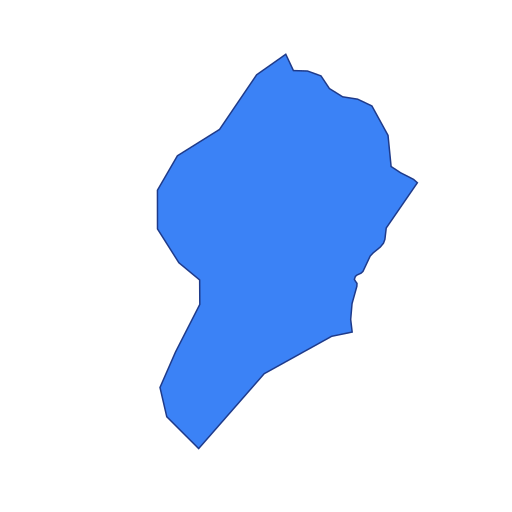 the Province of Düzce, rotated 126°
{"feature_id": "TUR-5519", "entity_name": "Düzce", "entity_type": "Province", "adm_level": 1, "iso_a3": "TUR", "parent_name": "Turkey", "parent_adm1": "", "projection": "natural_earth1", "projection_center": [31.197, 40.911], "detail": "fine", "context": "isolated", "style": "filled", "palette": "blue", "viewbox_px": 512, "rotation_deg": 126, "n_neighbors": 0, "source": "natural_earth", "source_scale": "10m", "svg_char_len": 702}
<svg xmlns="http://www.w3.org/2000/svg" viewBox="0 0 512 512"><g transform="rotate(126 256 256)"><path d="M101.9,168.5L156.8,167.1L166.8,161.5L170.7,160.4L175.7,160.7L184.4,163.0L188.9,163.6L205.6,160.4L208.1,160.9L212.0,163.1L214.1,163.6L217.1,162.7L218.0,160.6L218.8,158.2L221.2,156.6L238.1,150.3L251.7,142.1L261.0,133.5L276.5,147.6L346.4,180.2L445.5,189.2L438.5,233.7L418.8,256.4L380.9,264.7L328.2,273.0L308.5,287.5L306.8,314.4L292.0,351.6L260.7,374.4L221.1,378.5L175.0,359.9L109.0,362.0L75.3,350.5L84.0,334.7L76.1,323.1L72.1,309.3L77.4,295.0L76.3,279.5L69.4,266.0L66.5,250.4L80.8,220.1L104.2,199.3L103.7,188.1L101.4,173.5L101.9,168.5Z" fill="#3b82f6" stroke="#1e3a8a" stroke-width="1.5"/></g></svg>